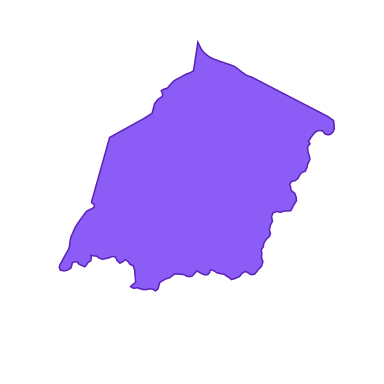 the district of Ibiquera, Bahia, Brazil, rotated 33°
{"feature_id": "56859067B98304979655146", "entity_name": "Ibiquera", "entity_type": "district", "adm_level": 2, "iso_a3": "BRA", "parent_name": "Brazil", "parent_adm1": "Bahia", "projection": "orthographic", "projection_center": [-40.875, -12.622], "detail": "fine", "context": "isolated", "style": "filled", "palette": "violet", "viewbox_px": 384, "rotation_deg": 33, "n_neighbors": 0, "source": "geoboundaries", "source_scale": "gbopen_adm2", "svg_char_len": 2748}
<svg xmlns="http://www.w3.org/2000/svg" viewBox="0 0 384 384"><g transform="rotate(33 192 192)"><path d="M93.2,191.1L113.3,255.6L117.1,255.8L118.2,258.3L116.5,261.4L115.0,263.7L114.0,265.9L113.8,268.5L113.7,271.1L113.5,274.9L113.3,278.0L113.2,281.3L113.2,284.5L113.7,288.1L114.3,291.1L114.8,295.0L116.3,299.2L117.8,302.4L118.9,304.5L119.6,307.3L119.9,310.2L120.0,312.9L120.2,315.8L120.5,319.5L120.7,322.2L120.8,324.8L121.6,327.4L124.2,329.3L127.9,327.7L129.9,325.6L131.9,321.9L131.2,319.1L130.2,316.6L131.5,314.5L133.7,313.2L136.5,314.1L139.5,313.7L142.8,313.1L143.2,310.7L143.2,307.8L144.6,304.8L143.6,302.3L141.7,300.2L144.3,299.1L146.9,297.8L150.3,297.9L153.5,297.2L156.7,294.0L158.5,292.2L160.0,289.6L163.2,288.2L166.5,290.3L170.3,291.0L172.0,288.1L172.9,284.9L176.2,285.2L179.7,286.5L182.7,285.7L186.4,288.7L188.4,291.4L190.7,294.3L192.1,296.0L193.9,298.6L192.8,301.5L192.1,304.9L195.4,304.6L198.4,302.0L201.3,301.4L204.7,300.2L207.3,298.4L209.0,296.5L211.6,295.0L215.3,294.8L216.3,291.7L215.3,288.8L214.3,285.4L215.4,283.0L217.2,279.4L220.0,276.0L222.0,270.4L224.6,268.7L227.6,267.0L230.7,265.5L233.4,265.5L236.1,264.3L238.0,262.3L238.6,258.5L239.3,255.5L243.3,255.3L246.1,255.0L248.5,254.2L250.2,252.6L250.7,250.1L249.8,247.2L252.7,246.2L256.5,246.2L260.8,244.9L263.6,243.5L266.6,243.7L269.9,243.5L272.7,244.0L274.9,241.5L277.9,237.1L278.1,234.0L279.2,230.8L280.9,229.3L284.0,229.3L286.5,229.2L289.2,226.9L289.7,223.6L289.8,220.7L290.8,216.9L290.2,214.5L289.5,211.9L285.9,209.1L284.4,206.1L281.5,202.5L281.7,199.3L280.1,195.7L280.1,190.9L281.2,186.9L280.3,183.9L277.5,181.6L275.9,177.3L275.4,172.6L272.1,169.3L271.3,165.3L273.8,162.1L277.2,160.9L279.6,157.8L282.8,155.6L285.0,154.0L284.9,151.7L284.5,149.1L284.4,146.2L284.4,142.6L282.6,139.9L278.8,137.1L276.0,136.8L273.6,136.4L272.4,134.4L269.8,132.5L269.7,128.8L272.2,126.5L273.5,122.9L273.1,118.8L273.5,115.9L275.7,112.9L275.0,108.6L273.8,105.5L273.5,102.5L272.9,99.9L270.6,97.8L267.9,95.5L265.3,92.6L264.2,90.1L264.8,87.3L262.2,86.1L262.0,82.5L262.3,77.8L263.1,73.9L264.9,71.3L268.4,69.5L271.8,71.0L275.1,69.9L276.8,68.0L277.6,64.8L276.9,61.6L274.7,58.3L271.8,55.0L265.0,54.7L259.8,55.2L179.8,63.1L176.9,63.8L174.0,64.4L170.7,64.3L168.2,64.3L165.8,64.0L162.7,63.7L159.3,63.6L156.4,64.1L153.5,64.8L150.3,65.7L148.0,66.2L145.0,67.0L141.5,67.8L137.7,68.7L134.6,69.1L131.4,69.2L126.8,68.6L123.1,67.7L120.0,66.0L117.9,64.7L115.3,63.1L119.3,72.0L127.2,89.4L125.9,92.3L123.7,95.3L121.9,97.9L120.4,101.1L118.7,104.1L117.2,106.8L116.2,108.9L115.6,111.9L115.2,115.0L114.7,118.4L112.5,120.9L111.0,123.8L113.6,125.4L114.9,127.4L114.3,130.0L113.1,132.4L112.7,135.1L112.5,138.4L115.6,147.5L114.5,150.2L113.0,153.4L112.0,155.8L93.2,191.1Z" fill="#8b5cf6" stroke="#5b21b6" stroke-width="1.5"/></g></svg>